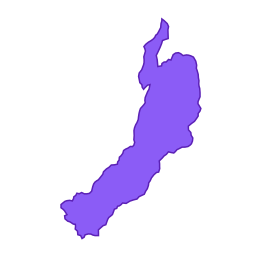 Rubiácea, São Paulo, Brazil (Albers equal-area conic projection), rotated 353°
{"feature_id": "56859067B43286600004708", "entity_name": "Rubiácea", "entity_type": "district", "adm_level": 2, "iso_a3": "BRA", "parent_name": "Brazil", "parent_adm1": "São Paulo", "projection": "albers", "projection_center": [-50.795, -21.344], "detail": "fine", "context": "isolated", "style": "filled", "palette": "violet", "viewbox_px": 256, "rotation_deg": 353, "n_neighbors": 0, "source": "geoboundaries", "source_scale": "gbopen_adm2", "svg_char_len": 2705}
<svg xmlns="http://www.w3.org/2000/svg" viewBox="0 0 256 256"><g transform="rotate(353 128 128)"><path d="M52.2,195.8L51.8,199.0L53.6,200.7L54.9,202.4L55.9,204.5L56.9,206.6L54.4,207.4L54.4,210.5L56.8,213.1L59.1,214.2L62.0,216.7L64.0,217.2L63.9,219.4L63.3,221.9L65.3,224.2L65.2,227.8L67.9,229.0L68.9,232.1L71.1,231.1L72.4,228.8L75.7,228.3L78.3,228.8L80.1,230.0L82.3,230.8L85.6,231.2L85.9,228.6L86.2,225.5L88.9,223.6L91.4,221.9L94.2,221.3L95.6,218.4L96.8,216.1L98.0,214.5L100.2,213.2L102.0,212.0L103.1,209.9L104.6,206.9L107.0,206.4L108.1,204.4L110.0,204.2L111.8,203.2L113.4,201.8L117.0,202.6L121.0,200.8L124.9,200.0L128.3,199.6L130.6,197.5L136.1,195.7L137.8,192.9L139.8,190.6L141.3,187.4L141.9,184.9L143.5,183.2L145.2,180.4L148.1,177.5L150.9,175.6L153.0,175.5L154.5,172.3L154.7,169.8L155.0,167.4L155.0,164.5L158.2,162.1L160.4,160.1L162.9,158.8L165.2,156.6L167.8,157.6L170.4,158.4L172.1,157.2L173.9,155.5L176.3,154.7L179.3,153.6L182.3,153.9L185.3,153.7L187.5,152.6L189.0,151.4L190.4,148.8L191.1,145.8L189.8,142.9L189.8,140.1L187.8,137.2L188.1,133.5L191.7,131.2L194.8,129.5L197.3,126.8L199.1,124.7L199.4,122.1L201.5,120.0L202.7,117.5L200.4,112.4L200.8,110.2L203.3,105.8L203.8,101.7L204.0,97.4L203.6,95.1L203.6,92.8L204.2,89.7L204.0,86.8L204.2,83.3L203.6,79.3L203.1,77.1L203.8,74.0L203.4,69.9L201.6,65.6L199.1,64.0L197.0,63.1L195.0,62.6L191.4,62.8L189.4,60.7L187.3,59.4L184.3,59.4L181.8,60.7L178.9,65.8L176.6,64.9L174.0,67.1L171.9,66.9L169.6,68.1L168.9,70.4L165.1,70.6L165.3,63.9L164.9,59.4L166.3,57.3L169.5,52.2L171.6,48.4L172.9,45.4L175.6,44.7L178.8,44.1L179.6,35.3L180.6,32.3L179.7,29.2L178.3,27.5L176.9,25.8L174.9,23.9L174.6,25.9L173.5,28.5L172.7,32.3L170.0,36.3L168.5,38.3L166.8,39.3L165.6,41.3L163.7,42.9L161.1,44.3L158.9,45.2L155.8,47.1L153.7,49.1L154.4,51.4L154.7,53.8L153.5,56.6L152.4,59.2L152.3,62.3L151.9,65.1L151.1,67.3L148.7,71.9L145.8,74.8L144.8,78.0L145.3,84.5L147.0,86.6L147.1,89.4L148.2,91.5L149.6,90.2L152.6,87.9L155.1,87.6L153.6,92.1L151.9,94.3L150.5,96.8L148.8,99.8L148.1,102.7L148.2,104.9L146.8,106.6L144.8,108.4L142.8,110.1L141.7,112.3L140.7,115.0L139.8,118.2L139.2,120.8L137.6,123.7L136.0,125.8L134.5,128.6L133.6,131.3L133.4,133.7L133.2,136.3L132.4,140.4L132.9,143.0L131.7,145.8L130.2,147.0L128.1,146.6L125.6,147.9L123.0,148.7L120.9,149.8L119.7,152.6L117.7,154.7L115.9,155.9L115.2,158.8L113.6,160.4L113.1,162.6L110.1,162.9L106.9,162.7L104.5,164.6L101.6,166.0L98.4,168.4L97.3,170.9L95.4,172.8L92.3,175.8L90.5,176.6L88.6,177.7L87.1,179.4L85.9,181.8L84.2,186.3L81.7,188.2L78.9,188.3L76.6,188.0L74.1,186.4L71.6,187.3L69.3,186.5L67.9,188.6L65.9,189.6L65.2,191.7L63.8,193.6L61.3,192.7L58.5,192.7L56.5,193.1L54.5,194.3L52.2,195.8Z" fill="#8b5cf6" stroke="#5b21b6" stroke-width="1.5"/></g></svg>